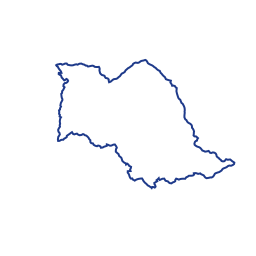 Urubici, Santa Catarina, Brazil, rotated 52°
{"feature_id": "56859067B49185000150445", "entity_name": "Urubici", "entity_type": "district", "adm_level": 2, "iso_a3": "BRA", "parent_name": "Brazil", "parent_adm1": "Santa Catarina", "projection": "mercator", "projection_center": [-49.57, -28.063], "detail": "fine", "context": "isolated", "style": "outline", "palette": "blue", "viewbox_px": 256, "rotation_deg": 52, "n_neighbors": 0, "source": "geoboundaries", "source_scale": "gbopen_adm2", "svg_char_len": 5022}
<svg xmlns="http://www.w3.org/2000/svg" viewBox="0 0 256 256"><g transform="rotate(52 128 128)"><path d="M221.7,66.6L220.7,65.5L219.3,66.0L218.0,66.4L216.8,66.6L215.7,66.9L215.1,67.8L214.5,68.9L213.0,69.9L213.5,72.4L212.8,73.7L211.6,74.6L210.3,74.5L208.6,75.0L207.2,75.0L206.2,75.5L204.7,75.5L203.4,74.8L202.2,74.6L200.8,75.0L199.5,76.1L198.9,77.9L197.9,78.6L196.9,78.5L195.7,78.6L195.0,80.2L194.1,81.8L192.7,82.5L191.5,83.3L190.1,83.2L188.2,83.3L186.7,83.9L185.3,84.9L183.5,85.6L182.2,85.8L181.2,85.3L180.2,83.9L180.0,82.7L180.4,81.4L179.5,80.4L179.1,79.1L177.9,79.3L176.5,79.6L175.5,80.8L174.2,80.9L173.2,79.8L172.2,79.0L171.4,78.1L170.0,77.6L168.4,77.3L167.2,77.4L165.8,76.4L164.7,76.1L163.1,76.3L161.6,77.0L160.3,77.4L159.1,77.4L157.8,77.1L156.4,77.5L154.4,77.0L153.2,76.1L152.0,75.0L150.9,73.9L150.0,73.4L149.0,72.4L147.9,71.6L146.6,70.9L145.3,70.5L143.8,70.2L142.6,70.0L141.1,70.4L139.4,69.9L137.8,69.4L136.8,69.8L135.3,69.8L133.6,69.2L132.3,68.7L131.2,68.3L130.1,67.8L128.7,67.1L127.7,66.1L126.5,65.0L125.4,65.4L124.0,65.2L122.6,66.0L121.9,67.2L120.8,66.8L119.4,66.6L118.3,66.6L117.1,65.1L115.6,66.3L114.0,67.4L112.8,68.1L111.7,67.8L110.5,67.6L109.3,67.9L107.5,68.1L105.9,68.1L104.8,68.3L103.6,68.1L102.5,67.8L101.6,68.4L100.4,68.8L99.1,69.1L97.6,69.2L96.2,69.8L94.9,70.0L93.6,70.4L92.5,71.0L90.7,71.9L89.2,72.4L87.7,72.1L86.1,72.0L85.0,72.5L84.3,74.4L83.6,75.7L83.2,76.9L83.2,78.2L83.1,79.4L82.4,80.6L81.2,81.6L80.8,82.8L80.6,84.4L81.3,85.9L81.2,87.9L81.2,89.6L80.9,90.9L81.0,92.7L81.1,94.5L81.8,96.0L81.7,97.7L81.3,99.5L81.8,101.2L82.2,102.6L82.1,104.1L82.3,105.8L82.0,107.1L81.4,108.0L80.7,109.4L80.7,111.3L80.8,113.2L80.3,114.7L78.7,114.0L77.8,113.3L76.4,113.5L74.8,114.8L73.3,114.7L72.4,114.4L71.5,114.9L70.2,115.9L68.8,116.2L67.6,116.2L66.2,115.6L64.8,114.9L64.1,114.0L63.0,113.5L61.9,113.3L61.1,114.6L59.9,116.0L59.1,116.7L58.1,116.8L57.1,117.5L56.5,118.5L55.8,120.0L54.9,121.7L53.5,122.0L52.8,122.9L51.2,123.4L49.8,124.5L48.5,125.1L47.4,126.8L47.1,128.7L46.0,129.5L45.3,130.9L44.7,132.7L44.1,133.7L43.1,134.8L42.2,135.6L41.0,136.6L39.5,136.6L38.5,137.8L38.2,139.2L37.6,140.9L36.5,141.2L35.7,142.0L35.2,143.2L34.4,144.7L34.3,145.9L35.5,146.0L36.6,145.6L38.0,145.9L39.2,146.0L40.4,146.0L42.2,146.0L43.6,146.5L42.9,147.6L42.0,148.6L42.8,149.4L44.0,149.1L45.0,148.4L46.2,148.7L47.4,149.2L48.9,149.0L50.0,149.0L51.2,148.9L51.5,147.7L51.4,146.4L52.5,145.9L54.0,146.2L54.5,147.6L54.4,148.9L53.7,150.2L54.0,151.9L55.3,153.2L56.8,152.9L57.4,154.2L58.1,155.6L58.4,157.2L59.8,158.4L60.0,159.6L61.3,160.4L62.3,161.0L63.5,161.6L64.8,161.9L65.6,162.5L66.3,164.0L66.9,165.4L67.8,166.5L68.7,167.5L69.9,167.6L70.2,168.6L70.8,169.6L71.6,170.2L71.6,171.5L73.1,172.3L74.4,173.6L75.8,173.6L76.8,174.8L78.3,174.2L78.7,175.4L79.7,176.6L80.8,177.7L81.8,178.3L82.9,178.9L83.7,180.1L85.1,180.8L85.7,182.8L86.5,184.2L87.5,184.8L88.5,185.1L89.6,185.0L91.1,185.7L91.7,187.1L92.0,188.3L93.0,189.4L94.0,190.4L95.2,191.0L96.0,189.8L96.1,188.5L96.6,187.2L97.4,186.2L97.1,184.8L97.4,183.3L97.4,181.8L96.5,181.0L96.6,179.2L96.7,177.5L96.7,176.1L96.8,174.7L99.0,174.9L100.0,174.2L100.3,173.2L101.0,171.7L102.5,171.4L103.9,170.6L104.8,169.0L105.1,167.2L105.9,166.7L107.0,166.5L108.4,165.5L110.1,165.2L111.4,165.1L112.8,165.4L114.4,165.2L115.9,166.3L117.3,166.3L118.6,165.1L120.1,165.4L121.9,164.7L123.3,163.6L123.4,162.4L124.2,161.7L125.5,161.1L126.9,161.5L127.8,159.9L128.0,158.4L128.5,157.1L129.0,155.7L127.9,154.8L129.2,153.9L130.4,153.4L131.4,152.4L131.8,151.2L132.1,149.8L132.9,148.5L135.2,148.6L136.7,149.0L137.2,150.4L138.2,151.4L139.2,152.2L140.4,152.0L141.6,151.8L142.6,151.5L143.8,151.9L144.8,152.2L146.1,151.8L147.4,151.6L148.9,152.1L150.3,152.7L152.0,152.5L153.2,152.2L154.5,151.5L155.6,152.0L155.6,150.6L157.0,150.2L158.5,150.4L159.6,149.9L160.5,149.5L161.3,150.4L162.1,152.0L163.5,152.5L162.7,153.6L161.9,154.8L163.0,155.7L164.5,155.7L165.7,156.0L167.2,156.6L168.4,156.9L169.6,156.9L170.4,155.7L171.5,156.0L172.4,155.5L173.6,155.1L173.8,153.1L174.5,151.2L175.6,149.2L176.4,148.0L177.7,148.1L179.2,148.4L180.6,148.4L181.7,148.3L183.5,147.9L185.3,147.8L186.6,147.2L187.6,146.9L188.9,146.4L189.9,146.3L189.4,145.2L190.2,144.3L191.4,143.6L191.2,142.4L189.8,141.8L188.5,141.7L187.5,141.1L187.7,139.4L187.9,137.7L186.7,137.6L186.7,136.0L186.5,134.7L187.4,135.1L188.5,135.0L188.8,133.6L189.2,132.1L190.2,130.6L191.5,130.8L192.7,130.9L193.8,130.0L195.0,129.3L196.0,129.4L197.3,128.9L198.4,127.8L198.4,126.4L198.9,124.8L199.0,123.6L198.0,122.6L197.6,121.2L198.9,120.3L200.0,119.7L200.4,118.2L201.2,116.8L202.1,115.5L203.2,114.2L202.7,112.3L203.1,111.1L203.1,109.5L203.9,108.4L204.6,107.5L205.4,106.1L205.4,104.6L204.2,104.0L204.9,102.8L205.8,101.9L207.3,101.0L207.8,100.0L208.3,99.0L209.3,98.9L210.4,98.3L211.9,97.5L213.6,97.6L214.8,97.5L215.9,97.0L216.6,95.8L217.1,94.8L217.6,93.6L218.5,92.5L218.7,90.7L218.1,89.0L217.5,87.7L217.7,86.4L218.3,84.7L218.9,83.2L219.0,81.8L219.1,80.5L218.6,79.0L218.6,77.8L219.1,76.2L219.6,74.3L219.5,73.0L219.9,71.4L221.2,70.0L221.7,68.2L221.7,66.6Z" fill="none" stroke="#1e3a8a" stroke-width="2"/></g></svg>